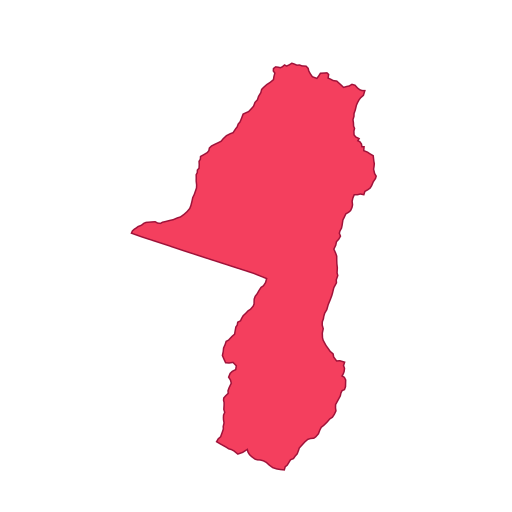 Santo Antônio do Descoberto, Goiás, Brazil (Albers equal-area conic projection), rotated 198°
{"feature_id": "56859067B79602459019082", "entity_name": "Santo Antônio do Descoberto", "entity_type": "district", "adm_level": 2, "iso_a3": "BRA", "parent_name": "Brazil", "parent_adm1": "Goiás", "projection": "albers", "projection_center": [-48.284, -16.072], "detail": "fine", "context": "isolated", "style": "filled", "palette": "rose", "viewbox_px": 512, "rotation_deg": 198, "n_neighbors": 0, "source": "geoboundaries", "source_scale": "gbopen_adm2", "svg_char_len": 4159}
<svg xmlns="http://www.w3.org/2000/svg" viewBox="0 0 512 512"><g transform="rotate(198 256 256)"><path d="M163.0,61.3L163.1,64.6L161.7,66.7L160.2,72.9L157.8,74.9L156.9,77.8L155.7,80.5L155.5,84.5L155.5,86.8L152.1,94.3L150.1,97.6L147.9,99.2L144.7,100.6L143.3,102.5L141.7,106.2L141.5,110.4L141.0,113.3L139.3,115.8L138.0,118.2L136.9,120.4L135.6,123.7L133.5,126.3L132.6,129.6L132.1,133.4L133.4,136.0L134.4,139.3L133.1,146.2L132.6,149.0L132.9,152.0L132.5,154.6L130.6,156.3L130.5,159.4L132.4,165.8L134.5,167.9L137.1,168.5L136.6,170.9L136.5,173.3L137.1,176.5L138.9,178.8L138.9,182.4L143.9,182.3L146.9,181.1L150.9,183.9L152.4,186.7L156.0,188.2L158.9,190.4L161.8,192.5L163.9,194.5L166.1,196.6L167.5,198.8L169.1,203.1L169.6,207.6L171.7,210.8L172.6,213.9L172.5,217.1L172.9,219.6L173.0,222.9L172.1,226.8L172.3,232.1L171.9,237.2L171.7,241.7L171.8,244.4L172.0,247.0L172.2,249.9L171.2,255.4L172.3,258.1L172.2,262.7L173.7,265.0L175.0,269.9L176.7,273.6L177.9,276.9L179.2,280.8L181.2,283.4L184.1,286.6L183.5,290.9L183.9,294.5L182.5,297.5L181.8,301.0L183.8,303.4L183.9,305.8L183.3,308.9L183.6,311.7L184.5,317.2L184.1,319.6L183.6,323.8L181.4,326.3L180.1,328.4L179.7,331.7L180.0,334.5L181.5,337.8L181.8,341.0L181.5,344.6L178.3,345.7L176.0,347.2L172.4,347.6L172.4,351.1L170.2,353.5L168.5,355.8L167.8,358.5L167.4,362.9L166.3,366.6L166.4,369.1L168.7,371.1L171.0,374.9L171.4,377.5L172.0,380.3L173.3,382.7L175.5,387.6L179.7,388.5L182.0,389.2L186.1,389.5L187.0,393.3L189.1,392.7L190.3,395.1L192.6,396.8L194.8,397.1L194.2,399.5L197.9,400.0L200.2,401.5L201.5,405.0L201.7,407.8L203.3,409.6L204.5,412.8L205.9,415.6L206.0,419.1L206.8,421.8L206.7,425.5L206.9,427.9L207.1,430.5L206.8,433.5L206.2,436.6L205.4,438.8L203.5,442.0L203.6,446.9L206.3,446.1L208.7,446.2L211.3,447.1L214.6,449.0L217.8,448.9L219.9,446.5L222.2,445.2L224.8,443.4L228.1,445.0L231.3,446.4L233.2,447.3L236.9,446.7L239.7,447.2L242.4,447.5L243.0,451.1L245.1,452.1L251.2,449.7L252.0,446.5L253.0,443.7L257.8,443.9L260.7,446.1L263.0,448.3L264.4,450.6L267.0,452.0L271.1,451.0L273.6,451.1L276.1,450.1L279.0,450.4L281.5,450.4L283.3,448.2L285.6,446.1L287.9,446.5L289.4,444.1L291.0,442.6L293.2,442.4L295.8,441.9L297.3,439.7L296.7,437.3L294.6,435.8L294.4,432.3L293.9,429.1L296.1,425.6L298.7,422.4L301.0,418.5L302.1,416.2L301.9,412.8L302.9,408.6L302.9,405.0L304.4,401.8L304.6,397.7L305.6,395.4L306.6,393.2L307.6,391.1L309.6,389.3L312.1,387.0L312.3,382.4L312.6,378.6L313.7,376.0L313.8,372.9L314.6,370.9L315.9,366.2L318.1,364.5L321.3,361.3L323.4,357.5L324.6,354.4L326.6,352.4L329.7,349.5L332.3,346.9L333.7,344.3L333.4,341.6L334.3,339.3L336.9,336.3L339.5,333.5L338.8,330.8L339.4,328.5L338.2,325.3L337.3,321.9L338.3,319.6L337.6,317.2L338.0,314.8L337.2,312.5L336.0,308.7L334.4,305.2L333.6,302.3L333.7,295.6L334.2,291.9L333.8,288.3L333.5,283.9L333.7,280.7L335.2,277.0L337.2,273.5L339.9,269.8L342.6,267.9L345.9,265.0L349.1,263.1L352.7,260.8L355.4,259.2L356.9,257.5L359.7,256.9L362.5,257.4L365.3,256.3L368.2,255.1L370.9,254.0L372.7,252.5L374.5,249.8L377.2,247.6L378.6,245.6L380.0,243.9L381.3,241.6L381.5,239.2L370.5,238.9L364.1,238.9L352.8,238.9L341.3,238.9L338.8,238.8L336.3,238.8L326.4,238.7L302.0,238.7L253.0,238.8L238.9,237.8L238.7,233.7L239.7,230.0L241.5,227.7L242.5,224.0L243.2,220.5L244.3,217.4L244.4,214.5L243.7,212.0L243.0,209.8L243.2,207.4L244.8,203.6L246.6,201.4L248.1,198.2L249.7,195.4L250.4,192.2L250.7,189.6L252.9,187.4L252.5,184.4L253.2,182.3L252.9,179.9L252.2,175.0L253.8,172.4L255.0,169.9L256.1,167.5L258.0,165.6L258.0,162.3L258.4,158.5L257.6,154.8L257.2,151.0L254.5,147.9L251.9,145.1L248.6,145.9L245.0,147.7L240.8,145.5L240.2,141.7L242.9,139.0L244.3,136.4L244.6,132.3L242.0,130.2L240.2,127.4L240.6,124.6L240.9,122.1L241.0,119.2L240.0,116.8L241.6,113.8L242.8,111.0L242.3,108.8L241.1,106.9L240.3,104.4L239.2,100.2L237.4,97.6L237.7,94.7L237.1,92.4L236.3,90.2L234.8,87.4L234.5,83.7L233.6,81.4L233.6,78.1L233.8,73.1L235.4,70.5L236.1,67.2L231.1,66.1L224.9,64.9L222.4,64.2L219.5,64.3L216.7,63.8L212.1,62.0L208.0,65.1L204.5,69.4L203.0,67.0L200.8,65.1L198.3,63.9L194.1,62.5L191.6,62.6L189.1,63.3L185.7,63.5L182.4,62.9L178.9,61.3L174.7,59.9L170.5,59.9L166.6,60.5L163.0,61.3Z" fill="#f43f5e" stroke="#9f1239" stroke-width="1.5"/></g></svg>